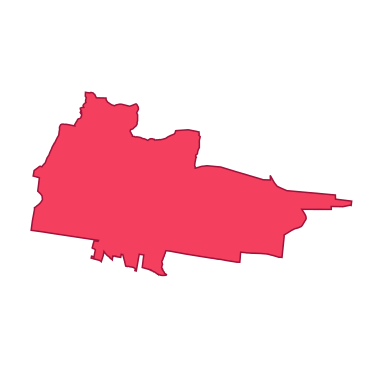 Tenango del Valle, México, Mexico, rotated 187°
{"feature_id": "50627088B67795620919369", "entity_name": "Tenango del Valle", "entity_type": "district", "adm_level": 2, "iso_a3": "MEX", "parent_name": "Mexico", "parent_adm1": "México", "projection": "albers", "projection_center": [-99.612, 19.076], "detail": "fine", "context": "isolated", "style": "filled", "palette": "rose", "viewbox_px": 384, "rotation_deg": 187, "n_neighbors": 0, "source": "geoboundaries", "source_scale": "gbopen_adm2", "svg_char_len": 5979}
<svg xmlns="http://www.w3.org/2000/svg" viewBox="0 0 384 384"><g transform="rotate(187 192 192)"><path d="M94.7,138.0L95.1,159.1L95.4,160.5L88.8,165.8L85.8,167.9L82.4,169.3L81.6,169.7L80.8,170.3L80.1,170.6L79.6,170.9L79.4,171.1L79.1,171.4L78.4,172.5L76.7,176.4L75.9,178.0L75.5,179.1L75.5,179.8L75.9,181.4L76.2,182.1L76.7,182.9L77.3,183.8L78.6,185.4L80.9,188.2L51.6,191.7L52.1,194.6L40.4,195.8L33.6,198.1L32.4,198.0L32.4,202.4L48.7,202.4L49.3,206.5L98.0,204.9L103.5,206.5L108.1,208.0L111.3,211.1L116.4,218.0L115.6,213.5L122.8,212.8L125.4,213.3L151.8,217.7L166.5,220.3L180.2,219.9L185.6,218.6L186.4,218.3L188.3,217.4L191.7,216.0L192.0,217.6L192.1,217.9L192.3,218.0L192.6,218.4L192.6,218.7L192.6,219.8L192.6,220.6L192.6,221.9L192.4,224.1L192.4,225.2L192.3,226.0L192.2,226.5L191.9,226.9L191.9,227.1L192.0,227.2L192.3,227.2L192.5,227.3L192.7,227.8L192.8,228.1L192.6,228.8L192.5,229.5L191.6,230.1L191.3,230.7L191.3,231.4L191.2,233.4L191.0,234.5L190.7,235.4L190.4,236.3L190.1,236.9L191.0,244.1L190.6,247.9L192.2,249.3L191.8,250.4L192.3,251.4L192.3,252.4L194.6,252.7L203.3,253.3L215.2,251.0L215.7,250.8L215.7,250.4L215.9,249.6L216.0,248.9L216.2,248.1L216.8,247.4L217.3,247.0L217.9,246.7L218.9,246.1L220.1,245.5L221.5,244.5L222.1,244.2L223.1,243.4L224.3,242.3L224.9,241.9L225.6,241.6L226.8,241.1L227.5,240.8L228.9,240.3L229.6,240.0L230.0,240.1L230.9,240.0L231.6,239.7L232.0,239.6L232.7,239.5L233.1,239.5L233.4,239.5L233.8,239.3L235.4,239.0L235.7,239.1L235.8,239.7L236.3,239.8L236.7,239.8L237.2,239.8L237.8,240.0L239.3,239.9L240.5,239.4L241.4,238.5L241.8,238.3L242.1,237.8L242.4,237.8L242.9,238.0L243.2,238.2L243.9,238.5L246.0,239.0L247.0,239.0L247.5,239.1L248.8,239.5L249.5,239.8L250.4,239.9L251.1,239.9L252.3,240.0L253.7,240.0L254.5,239.7L255.4,239.8L256.0,240.1L256.7,240.0L257.2,240.1L258.0,240.1L258.1,240.7L258.6,241.8L259.1,242.0L259.3,242.3L259.5,242.9L260.1,243.9L260.5,244.1L260.8,244.5L260.9,244.9L260.6,245.9L260.6,246.4L260.3,246.7L259.5,246.8L258.8,247.3L258.1,247.7L257.8,248.3L256.5,249.8L255.9,250.3L255.4,251.2L255.0,251.9L254.8,252.8L254.8,253.6L255.0,254.4L254.7,256.1L255.4,262.1L256.6,263.7L255.2,267.7L255.7,269.7L257.5,272.2L257.6,272.3L258.2,272.6L258.4,272.6L259.0,272.3L260.0,271.8L260.7,271.4L261.3,271.0L262.5,270.4L263.6,269.8L264.7,269.5L266.4,269.8L269.9,270.2L272.1,270.5L273.1,270.5L274.4,270.4L277.1,269.5L278.1,269.1L279.6,268.1L280.5,268.4L281.4,268.5L282.7,268.9L284.4,269.7L286.0,270.6L286.6,270.8L288.4,272.9L288.8,274.8L298.4,273.8L300.5,277.1L300.9,277.2L301.6,277.6L302.1,278.2L304.2,278.5L304.2,278.4L305.7,277.9L307.8,277.9L309.9,278.0L309.7,275.2L309.5,273.9L308.4,272.8L308.8,270.1L308.6,268.6L308.2,268.0L309.7,266.5L310.5,265.2L310.6,264.7L310.6,264.2L310.4,263.8L309.7,262.8L311.0,262.5L311.6,262.4L312.1,262.2L313.1,261.6L313.0,260.9L312.6,260.0L311.6,259.2L311.7,258.8L311.7,258.4L312.2,258.5L312.5,257.8L311.9,257.5L312.0,257.1L312.4,257.0L312.0,256.4L311.4,256.5L311.6,256.2L311.0,255.6L311.1,255.0L311.0,254.9L310.9,254.6L310.9,254.1L311.3,253.2L311.1,253.0L311.2,252.6L311.4,252.2L311.9,251.6L312.5,251.2L313.6,250.8L313.9,250.3L314.3,250.2L314.7,249.1L315.0,248.1L315.4,247.5L316.3,245.3L316.4,245.2L316.7,244.2L316.5,243.9L316.5,243.5L316.4,243.3L324.7,243.9L324.9,243.8L325.7,243.8L327.0,243.6L328.1,243.7L329.6,243.4L330.6,242.7L331.4,240.4L331.4,239.6L331.1,238.2L331.1,237.1L331.2,235.9L331.2,234.0L331.2,232.2L331.7,230.9L332.1,230.2L333.7,225.7L333.9,225.1L334.0,224.5L334.4,223.6L334.7,223.1L334.8,223.2L336.3,219.4L336.7,217.5L337.9,213.9L338.5,211.2L340.0,208.2L341.2,203.1L342.8,201.0L344.1,198.7L344.4,198.8L345.3,199.0L346.0,199.0L346.7,198.6L347.7,197.5L351.3,194.1L351.6,188.5L348.6,188.1L345.2,187.5L345.2,174.0L342.3,171.9L340.4,170.0L339.5,166.1L340.7,163.6L341.5,162.3L342.4,161.2L343.0,160.5L344.3,159.3L344.9,158.5L346.5,157.2L346.2,155.8L346.9,143.9L347.0,134.4L334.1,134.2L329.3,134.0L292.7,133.0L278.9,132.6L279.3,131.5L283.2,131.7L283.8,128.2L283.7,128.2L284.3,124.3L283.5,123.9L282.0,123.6L281.1,123.0L281.1,122.9L280.9,122.8L281.2,118.8L281.4,115.4L281.7,115.6L282.8,116.0L283.3,116.1L283.9,116.1L284.0,114.1L281.7,113.9L281.7,113.7L277.8,113.2L276.4,113.0L275.5,112.8L274.0,112.2L273.6,111.8L273.1,114.2L272.8,115.7L272.4,117.9L272.2,119.9L272.2,120.5L272.1,122.2L271.3,121.2L269.4,119.5L268.7,118.9L267.8,118.3L267.1,118.0L266.1,117.3L265.9,117.3L265.6,116.7L262.8,114.9L262.9,117.2L262.9,118.6L262.0,118.5L261.9,118.9L259.8,119.0L259.8,118.7L258.5,118.7L258.4,118.5L256.6,118.5L254.8,118.4L254.6,121.5L254.3,121.4L253.7,121.3L253.1,121.5L250.4,114.8L248.8,110.4L248.4,110.4L248.1,110.2L247.8,110.3L247.5,110.3L247.2,110.2L246.8,110.2L246.2,110.4L245.6,110.4L245.3,110.4L244.9,110.2L244.4,110.2L243.9,110.2L243.4,110.2L242.8,110.2L242.2,110.1L241.3,110.1L240.5,109.7L240.1,109.6L239.6,109.4L239.4,109.4L238.9,109.0L239.1,107.0L237.7,106.8L236.8,123.8L233.9,123.7L232.2,123.6L232.2,111.0L223.7,109.7L223.9,109.5L223.4,109.4L223.1,109.1L222.7,109.0L222.3,108.9L222.0,109.0L221.2,108.7L220.9,108.4L220.7,108.3L220.5,108.1L220.2,108.2L219.5,108.1L218.1,107.4L217.5,106.9L216.9,106.7L216.5,106.5L216.2,106.2L215.9,106.3L215.6,106.3L215.2,106.1L214.9,105.9L214.8,105.7L214.7,105.8L214.3,105.9L213.5,105.7L213.2,105.6L212.2,105.6L211.7,105.5L209.6,105.8L208.1,106.1L207.4,106.4L207.3,107.0L209.3,107.9L209.7,108.8L212.2,111.6L212.3,111.9L211.9,112.0L213.0,113.5L212.8,114.6L212.7,115.8L212.4,116.5L213.1,118.2L213.4,118.8L213.5,119.3L213.4,119.9L213.1,120.6L212.8,121.1L212.8,121.3L212.6,122.1L212.4,123.7L212.0,124.3L211.9,124.7L211.7,126.4L211.2,127.8L211.0,129.5L210.7,130.6L209.7,130.6L206.3,130.6L191.2,129.7L172.8,129.0L166.8,128.8L164.7,128.7L163.7,128.8L158.6,128.5L158.2,128.5L155.3,128.6L149.7,128.2L140.9,127.9L139.2,127.8L138.4,127.9L136.0,128.1L136.1,131.4L136.4,138.2L131.4,138.3L130.5,138.2L128.4,138.4L125.7,138.5L117.2,139.3L110.9,139.6L109.9,139.6L108.6,139.5L106.0,139.1L103.9,138.9L99.9,138.2L97.7,137.8L96.3,138.0L94.7,138.0Z" fill="#f43f5e" stroke="#9f1239" stroke-width="1.5"/></g></svg>